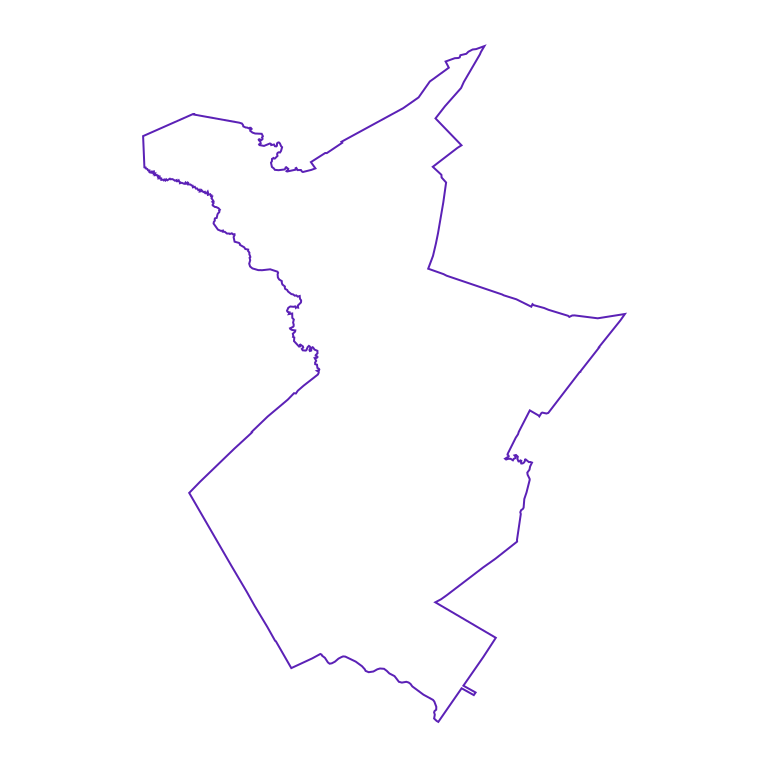 Blejesti, Teleorman, Romania
{"feature_id": "2599482B94014491503214", "entity_name": "Blejesti", "entity_type": "district", "adm_level": 2, "iso_a3": "ROU", "parent_name": "Romania", "parent_adm1": "Teleorman", "projection": "natural_earth1", "projection_center": [25.433, 44.298], "detail": "fine", "context": "isolated", "style": "outline", "palette": "violet", "viewbox_px": 768, "rotation_deg": 0, "n_neighbors": 0, "source": "geoboundaries", "source_scale": "gbopen_adm2", "svg_char_len": 6110}
<svg xmlns="http://www.w3.org/2000/svg" viewBox="0 0 768 768"><path d="M473.8,695.1L475.6,692.5L463.4,685.7L483.3,657.0L495.8,637.8L435.3,602.3L441.0,599.3L446.5,595.4L482.9,567.6L495.3,558.8L517.1,541.6L517.0,539.8L520.8,514.0L520.3,512.2L521.1,510.2L522.8,509.0L523.6,507.7L524.3,499.0L526.5,492.5L529.7,479.9L529.6,478.8L527.6,474.7L527.3,472.6L529.5,469.6L530.1,466.5L532.0,462.6L530.3,462.0L528.9,462.1L525.6,459.4L525.0,459.6L524.9,461.0L524.0,462.5L522.7,463.4L521.3,463.5L521.0,462.9L521.3,460.8L520.4,460.4L519.2,461.5L518.5,461.4L517.4,459.0L517.8,456.7L516.0,455.0L514.5,455.4L515.5,456.6L515.5,457.6L515.2,458.2L513.8,458.8L512.9,460.3L510.6,458.8L508.2,458.8L506.1,459.5L505.1,458.7L508.7,456.5L508.5,455.5L507.5,454.7L507.8,453.6L515.8,437.6L518.0,434.3L518.8,431.8L529.8,410.4L538.6,415.5L539.3,416.4L541.3,413.2L542.2,412.6L546.5,413.5L548.3,412.9L579.7,372.0L580.4,371.9L580.7,371.0L599.2,347.4L598.9,347.2L620.4,320.4L624.9,314.0L597.7,318.3L574.5,315.4L572.2,315.5L569.3,316.9L568.1,315.8L548.5,309.8L544.1,308.0L533.8,305.2L532.5,304.2L531.3,306.7L516.4,299.3L503.7,295.3L502.2,294.5L446.6,275.7L443.5,274.1L428.2,268.7L433.0,255.9L435.9,243.6L438.0,233.3L443.3,202.4L446.1,182.5L441.6,177.5L441.4,174.8L432.8,166.8L457.4,147.9L461.5,145.3L435.5,118.4L445.0,106.2L461.1,88.0L463.8,82.0L479.9,54.4L480.9,52.0L484.4,46.1L476.1,49.1L472.6,49.5L468.4,51.7L466.3,53.8L460.4,55.2L459.7,57.4L458.3,58.0L454.8,58.2L445.6,61.5L448.8,67.7L429.8,81.5L418.6,97.4L403.3,108.1L341.4,141.8L342.2,142.8L326.8,153.1L325.2,153.0L310.9,162.1L315.4,168.4L311.3,169.9L302.9,172.0L301.8,171.4L300.9,170.0L297.6,170.1L296.3,167.9L295.6,168.2L295.5,169.7L287.1,171.5L286.5,171.1L287.9,169.9L288.3,168.9L286.2,167.2L285.6,167.5L285.4,168.6L284.3,169.5L278.5,170.2L274.8,169.8L273.8,168.4L271.9,166.9L271.0,162.7L271.9,161.3L272.0,158.9L273.5,158.0L274.0,158.6L274.9,158.5L277.5,155.9L277.1,154.1L277.7,152.8L278.7,152.3L280.0,152.5L281.0,151.0L282.1,147.2L281.1,146.2L279.9,143.4L278.8,142.4L277.5,142.8L277.0,143.7L276.9,145.8L276.2,146.4L274.9,146.2L274.0,144.5L271.2,145.1L270.8,143.8L269.9,143.5L264.0,145.9L259.5,145.1L259.1,144.4L260.7,143.4L260.3,141.5L258.9,140.3L258.7,139.6L259.2,139.2L261.4,140.0L262.4,139.3L262.5,138.2L262.0,137.4L262.9,136.2L261.7,133.8L255.1,133.5L252.5,132.6L250.2,130.8L250.3,129.9L251.6,128.9L250.7,127.8L249.8,127.8L249.2,128.5L247.2,127.6L245.7,127.5L243.3,126.4L243.1,125.2L241.9,123.5L239.3,122.7L195.8,114.9L193.2,114.4L193.5,114.0L193.1,114.0L143.1,136.1L144.4,167.3L145.6,167.5L145.7,168.4L147.3,169.0L148.0,170.3L149.4,170.4L149.2,171.8L149.8,172.4L150.8,172.6L151.4,171.6L152.2,172.0L151.8,172.7L152.2,172.9L153.1,172.5L153.1,171.5L153.9,171.4L153.8,174.1L155.2,173.5L154.9,175.2L156.8,174.9L157.5,176.0L158.5,175.8L158.8,176.5L158.3,177.4L158.9,177.5L159.7,176.9L159.8,177.6L159.1,178.4L161.2,178.4L161.3,179.9L163.3,179.7L163.8,180.3L164.5,179.6L165.4,180.5L166.2,179.3L167.3,180.3L169.9,178.7L170.5,179.3L172.2,179.1L173.4,179.6L174.9,180.7L176.5,180.1L176.5,181.0L176.8,181.3L177.7,181.2L178.7,180.3L179.3,181.7L180.1,182.2L180.0,183.2L181.8,182.8L184.2,183.8L185.6,183.8L185.9,183.5L185.4,182.7L185.6,182.4L187.2,183.9L187.8,182.6L188.2,182.9L188.1,184.4L190.5,184.5L191.6,185.5L192.7,185.7L192.9,187.3L194.8,186.8L195.9,188.6L197.2,188.5L198.3,190.2L199.8,189.6L200.2,190.7L199.9,191.5L201.0,191.3L201.6,190.2L203.4,192.1L204.9,191.8L205.2,193.2L206.4,193.4L207.7,191.6L208.1,193.0L208.0,194.8L210.2,194.2L210.6,195.0L211.4,195.3L211.1,196.2L212.2,196.4L211.5,198.2L213.5,201.2L212.4,201.9L213.6,203.0L212.6,204.8L212.7,205.4L214.8,206.9L216.3,207.1L218.5,208.2L219.9,209.8L219.1,210.6L219.4,211.5L219.2,212.3L217.9,213.5L217.4,214.7L216.7,217.9L215.1,218.3L214.7,219.0L214.8,220.7L213.8,222.0L213.6,223.6L217.9,229.6L220.9,230.9L222.9,230.6L222.8,231.7L224.8,231.8L226.9,233.5L229.2,233.5L229.9,234.0L231.8,233.3L232.8,234.3L234.5,234.2L234.6,235.1L233.6,237.1L234.6,241.7L239.0,242.9L239.8,243.7L239.9,244.8L244.2,247.3L245.3,249.0L248.2,249.6L248.1,251.0L249.4,252.6L249.3,254.1L250.3,256.7L250.3,257.2L249.6,257.8L250.2,260.2L249.2,263.7L250.1,266.5L252.4,268.4L258.2,270.1L262.2,270.2L270.2,269.3L277.5,271.7L278.1,272.8L277.6,274.3L277.9,277.5L279.2,279.5L281.8,281.1L281.8,282.6L282.4,284.5L284.9,286.5L284.8,287.8L285.2,288.9L287.2,290.0L288.0,291.5L291.4,294.1L293.1,294.4L294.8,295.7L296.3,295.4L297.7,296.6L299.7,296.0L299.8,297.4L300.1,299.0L301.1,300.3L301.1,301.5L300.9,302.5L297.8,305.6L298.1,307.6L296.3,307.2L295.8,307.8L295.1,306.4L293.5,306.8L290.3,306.5L288.3,307.8L287.0,310.8L287.7,311.9L289.6,312.4L288.8,314.1L292.2,313.5L292.3,317.9L293.8,319.5L293.1,322.6L293.7,324.6L293.6,326.2L293.0,326.9L290.0,328.3L290.4,329.1L292.2,330.0L295.3,330.4L295.1,331.6L292.8,333.8L293.3,336.0L293.0,336.9L294.3,337.5L294.0,341.1L299.1,346.6L300.0,346.4L300.0,344.8L300.4,344.6L302.9,346.4L303.2,347.5L301.8,348.9L302.7,350.3L305.5,350.6L306.3,350.3L307.7,347.1L308.9,345.9L309.8,346.5L310.3,347.5L310.1,348.8L309.4,350.0L309.9,351.0L311.2,350.6L311.5,348.1L312.4,347.2L313.1,347.5L314.5,349.6L317.4,350.8L317.5,353.3L315.7,355.1L315.6,355.7L317.3,356.5L317.5,357.0L316.7,357.9L314.7,358.1L316.2,360.9L315.1,362.5L315.2,364.2L317.0,364.7L317.4,367.9L318.8,368.7L319.3,369.4L319.1,370.1L317.1,370.8L318.7,371.7L318.7,372.7L317.9,374.5L303.7,385.6L297.8,390.7L295.9,393.5L294.0,393.2L287.8,399.6L267.7,416.5L252.9,430.7L251.7,432.0L252.0,432.3L251.4,433.0L234.4,448.6L200.0,481.8L189.2,492.9L231.1,565.3L247.0,592.2L254.6,605.8L267.3,626.9L275.1,640.8L275.9,641.3L291.3,668.1L312.2,658.4L320.3,654.0L321.6,654.6L322.1,655.7L324.9,657.8L327.9,662.4L329.6,663.7L331.8,663.3L334.9,661.7L338.5,658.6L341.4,657.1L343.1,656.4L345.3,656.6L355.7,661.6L362.0,666.2L364.8,669.3L365.6,670.9L368.7,672.2L373.4,671.5L377.3,669.3L380.0,668.5L384.0,668.8L386.8,670.9L389.3,673.4L394.5,676.1L398.9,681.8L401.9,682.6L406.3,681.8L408.6,682.5L410.5,683.9L412.3,686.4L423.5,694.7L433.0,699.9L434.3,701.5L436.3,706.8L436.2,709.7L434.6,711.0L434.1,712.3L434.8,714.7L434.1,718.5L436.6,720.9L438.3,721.9L461.6,688.3L473.8,695.1Z" fill="none" stroke="#5b21b6" stroke-width="2"/></svg>